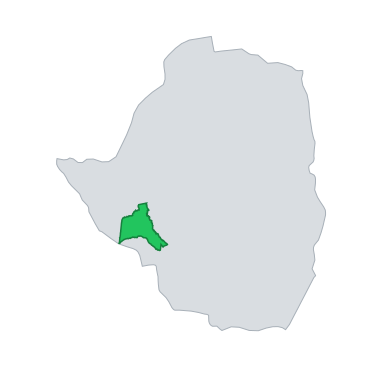 Tsholotsho, Matabeleland North, Zimbabwe shown in context, rotated 351°
{"feature_id": "62879985B28907517418650", "entity_name": "Tsholotsho", "entity_type": "district", "adm_level": 2, "iso_a3": "ZWE", "parent_name": "Zimbabwe", "parent_adm1": "Matabeleland North", "projection": "equal_earth", "projection_center": [27.51, -19.64], "detail": "fine", "context": "in_parent", "style": "filled", "palette": "green", "viewbox_px": 384, "rotation_deg": 351, "n_neighbors": 0, "source": "geoboundaries", "source_scale": "gbopen_adm2", "svg_char_len": 7190}
<svg xmlns="http://www.w3.org/2000/svg" viewBox="0 0 384 384"><g transform="rotate(351 192 192)"><path d="M262.9,342.6L260.0,340.1L255.9,338.4L250.7,337.7L244.0,338.0L235.8,339.4L226.9,337.7L217.5,333.0L209.6,331.3L200.2,333.4L199.8,333.4L198.2,331.8L195.6,328.4L191.3,327.8L190.2,327.0L189.2,325.7L188.6,324.0L188.4,322.2L189.1,316.5L188.7,315.9L187.6,315.2L185.2,314.5L179.6,312.0L172.5,309.5L160.9,306.7L156.5,306.0L155.4,305.2L154.1,303.1L151.9,296.6L149.8,292.2L144.9,285.6L144.1,283.5L144.3,278.2L144.7,274.0L145.2,270.3L145.0,266.9L144.9,262.7L145.1,259.9L144.4,258.6L142.6,257.8L137.5,257.4L131.3,257.6L131.0,253.3L130.5,246.6L129.3,242.8L127.9,240.8L125.0,238.7L119.2,235.9L111.3,231.6L104.5,225.1L96.8,217.2L94.4,215.8L91.5,208.3L87.1,195.5L87.4,191.2L86.7,189.1L82.4,182.8L81.5,179.5L80.7,176.2L73.9,166.9L71.6,162.9L69.9,157.7L68.1,153.5L66.6,151.8L64.7,149.0L63.3,145.8L62.7,143.4L63.2,140.1L63.9,137.9L70.3,140.2L73.8,140.4L76.6,139.3L80.0,140.8L84.0,145.0L88.4,145.8L93.2,143.2L99.7,144.0L107.8,148.2L114.5,149.0L122.5,145.3L129.7,135.0L136.4,125.3L143.1,114.1L147.1,105.1L152.9,97.7L160.7,92.0L168.5,87.2L180.6,81.4L183.0,76.5L183.8,71.2L183.9,63.9L184.5,59.1L185.8,56.9L187.8,55.2L190.4,53.0L198.3,47.4L205.0,43.8L213.1,41.5L222.0,41.5L230.6,41.4L235.4,41.4L235.5,48.5L235.8,56.5L236.8,57.3L243.2,57.4L253.5,58.0L263.5,58.5L269.8,64.3L271.9,65.5L278.5,67.1L286.8,76.7L297.0,77.6L303.9,80.6L310.0,84.0L313.5,87.9L315.8,88.8L318.9,89.1L320.4,89.5L320.0,92.3L317.9,97.2L318.1,104.1L320.9,113.7L321.2,122.0L320.1,136.7L320.0,150.9L320.3,155.9L320.7,159.3L321.3,161.1L321.1,163.2L319.4,169.2L318.0,175.4L317.9,177.9L317.3,179.7L316.3,181.3L311.9,184.2L311.1,185.9L311.1,189.2L311.6,191.9L313.3,192.9L315.2,194.4L316.0,196.5L316.0,198.6L315.3,202.6L313.5,209.1L315.1,216.7L317.1,221.6L319.7,227.2L320.8,230.7L320.7,233.2L320.3,235.6L316.1,246.0L313.1,252.4L309.4,259.2L304.6,263.5L303.4,265.6L302.9,268.0L303.0,273.1L302.7,278.5L298.6,286.7L301.0,293.8L300.4,294.5L299.0,295.5L293.1,303.5L287.2,311.5L282.8,317.4L277.9,324.1L272.3,331.6L267.6,338.0L262.9,342.6Z" fill="#d9dde1" stroke="#a8b0b8" stroke-width="1"/><path d="M159.5,240.1L159.4,239.7L159.3,239.4L158.5,238.5L157.9,238.2L156.7,236.2L156.4,235.9L156.2,235.5L156.1,235.4L155.9,235.5L155.8,235.3L155.3,235.0L155.2,235.2L154.8,234.7L154.9,234.4L154.7,234.2L154.5,234.3L154.2,234.0L154.0,233.5L153.7,233.0L153.7,232.6L153.6,232.4L153.5,231.8L153.3,231.6L152.9,231.6L152.5,231.2L152.5,230.5L152.4,230.2L152.0,229.7L152.2,229.3L152.2,229.2L151.9,228.4L151.8,228.2L151.8,227.9L151.5,227.8L151.3,227.7L151.2,227.8L150.7,227.5L150.3,227.7L150.4,227.3L150.2,227.2L150.3,226.9L150.2,226.8L150.0,226.6L149.8,226.7L149.8,226.4L149.8,226.2L149.4,226.1L149.3,225.7L149.4,225.3L149.3,225.2L149.0,225.1L148.9,225.0L148.7,224.4L148.5,224.6L148.4,224.3L148.2,224.3L147.9,223.9L148.0,223.5L147.7,223.3L147.7,222.9L147.6,222.7L147.3,222.4L147.2,222.2L147.5,221.4L147.6,220.8L147.6,220.5L147.7,220.3L147.7,219.8L147.8,219.6L147.9,219.4L148.1,219.2L147.7,218.7L147.6,218.3L147.9,217.6L147.8,217.2L147.9,216.6L147.6,216.6L147.4,216.2L147.2,216.1L147.1,215.9L147.1,215.3L147.3,215.1L147.6,214.6L147.8,214.4L147.6,214.2L147.4,213.8L147.1,213.9L146.8,213.5L146.4,213.4L146.2,212.9L145.9,212.9L145.9,212.6L145.8,212.4L145.9,212.1L145.9,211.9L145.6,211.4L145.6,211.1L145.7,210.9L145.9,211.0L146.0,210.9L145.6,210.6L145.6,210.4L145.7,210.1L145.7,209.8L145.8,209.8L146.1,209.9L146.1,209.7L145.3,209.2L145.1,209.4L144.9,209.3L144.9,209.2L145.2,208.8L145.1,208.6L144.9,208.6L144.8,208.9L144.7,209.0L144.5,208.9L144.4,208.7L143.9,208.6L143.9,208.4L144.0,208.2L143.7,208.1L143.6,207.9L143.7,207.7L144.0,207.8L144.1,207.7L144.1,207.4L143.8,207.0L143.8,206.7L144.0,206.8L144.2,207.0L144.3,207.1L144.4,206.8L144.3,206.7L144.1,206.7L144.1,206.4L144.3,206.4L144.3,206.1L144.2,206.2L144.1,205.9L144.3,205.8L144.5,206.0L144.6,205.9L144.5,205.7L144.6,205.2L144.8,205.1L144.7,204.8L144.8,204.5L145.0,204.6L145.1,204.2L145.2,203.8L145.0,203.4L145.1,203.2L145.4,203.0L145.5,203.2L145.9,203.2L146.1,203.2L146.4,203.4L146.5,203.3L146.5,203.0L146.3,202.9L146.2,202.5L146.0,202.2L145.9,201.8L145.6,201.6L145.6,201.2L145.3,200.8L145.2,200.1L145.2,199.8L145.1,199.4L145.2,199.2L145.0,198.9L145.3,198.6L145.3,197.6L145.0,197.4L145.0,197.0L144.6,196.5L144.6,196.3L144.7,196.2L144.9,196.3L144.9,196.6L145.0,196.5L145.1,196.2L145.2,196.3L145.2,196.2L145.4,195.9L141.4,196.0L137.4,196.2L136.7,197.3L136.8,197.7L136.7,197.8L136.7,198.1L136.6,198.3L136.6,198.5L136.8,198.7L136.9,198.9L137.1,199.5L137.0,199.9L137.0,200.1L137.2,200.3L137.2,200.6L137.0,200.8L137.0,201.3L137.0,201.5L136.8,201.5L136.5,201.2L135.8,201.3L135.5,201.6L135.1,201.9L134.9,202.0L134.3,201.8L133.8,201.4L133.8,201.8L133.6,201.8L133.5,202.0L133.2,201.9L132.7,201.9L132.6,202.0L132.2,202.3L132.1,202.2L132.0,202.3L131.9,202.3L131.6,202.5L131.2,203.0L131.2,203.5L130.8,203.6L130.0,204.3L129.7,204.9L129.7,205.2L129.6,205.6L129.7,205.8L129.4,206.0L128.9,206.0L128.7,206.2L128.2,206.0L127.9,205.9L127.4,206.0L127.0,205.8L126.6,205.9L126.4,205.8L126.3,206.0L126.1,206.1L125.9,206.0L125.6,205.9L125.5,206.1L125.4,206.0L125.2,206.1L124.8,206.3L124.4,206.3L124.2,206.2L124.2,206.3L123.9,206.2L122.9,206.5L122.5,206.5L122.2,206.6L121.9,206.6L121.6,206.4L121.6,206.5L121.4,206.7L121.2,206.8L120.8,206.7L120.6,206.8L120.2,206.9L119.9,206.8L119.7,207.0L119.4,207.3L118.9,208.0L118.4,208.8L118.4,209.0L118.2,209.4L118.2,209.8L118.1,210.2L117.8,210.6L117.7,210.8L117.7,211.0L117.7,211.4L117.6,211.6L117.4,212.0L116.9,214.1L116.1,217.1L116.1,217.3L115.6,218.8L115.5,219.6L114.8,221.7L114.6,222.9L113.9,225.3L113.4,225.9L113.5,226.1L112.6,229.9L111.9,231.3L112.1,231.4L113.1,231.1L113.7,230.2L113.8,230.1L114.7,229.9L114.9,229.7L115.3,229.5L115.5,229.3L115.8,229.1L116.6,228.8L117.1,228.6L117.3,228.3L118.1,228.3L118.5,228.1L118.8,228.0L119.1,228.0L119.4,227.9L120.2,228.0L120.4,227.9L120.8,227.8L121.1,227.8L121.4,228.1L121.8,228.2L122.0,228.1L122.7,227.9L123.2,227.9L123.6,227.8L124.1,228.1L124.4,227.8L125.1,227.6L125.5,227.7L126.1,227.3L126.5,227.2L127.2,227.6L127.4,227.7L127.8,227.6L128.0,228.0L128.3,228.0L128.7,228.1L128.9,228.0L129.2,227.9L129.6,228.0L129.9,228.3L130.7,228.4L130.8,228.4L130.9,228.0L131.5,227.6L131.8,227.2L132.1,227.1L133.1,227.4L133.4,227.4L133.6,227.3L134.0,227.5L134.5,227.4L135.1,227.8L135.4,228.0L135.5,228.1L136.0,228.4L136.2,228.8L136.5,229.0L136.8,229.5L137.2,229.4L137.7,229.7L138.6,229.9L139.1,229.9L139.3,230.1L139.4,230.3L139.8,230.5L139.8,231.1L140.1,231.3L140.4,231.4L140.6,231.7L140.7,232.0L140.6,232.6L140.7,233.1L140.9,233.6L141.0,234.3L141.4,235.0L141.5,235.4L141.6,235.5L142.1,236.2L142.5,236.4L142.9,236.8L143.3,237.0L143.5,237.7L143.8,238.2L144.5,238.6L144.8,239.1L145.0,239.2L145.1,239.5L145.4,239.6L145.7,240.0L146.0,240.2L146.0,240.4L146.2,240.6L146.3,240.6L146.5,240.7L146.6,241.0L146.8,241.4L146.9,241.7L147.0,241.9L147.1,242.3L147.3,242.1L147.8,242.7L147.9,242.9L148.2,242.8L148.3,242.9L148.6,243.0L148.8,243.9L149.0,244.0L149.4,244.1L149.7,243.9L150.0,244.2L150.3,244.3L150.4,244.2L150.6,244.3L150.7,244.6L151.1,244.5L151.3,244.6L151.6,244.5L153.2,238.9L154.8,241.8L156.1,240.9L158.1,240.6L159.5,240.1Z" fill="#22c55e" stroke="#15803d" stroke-width="1.5"/></g></svg>